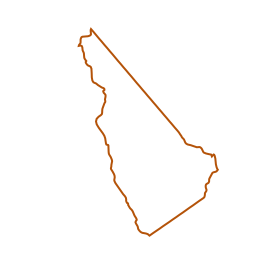 SVG path tracing the border of New Hampshire, rotated 323°
{"feature_id": "USA-3538", "entity_name": "New Hampshire", "entity_type": "State", "adm_level": 1, "iso_a3": "USA", "parent_name": "United States of America", "parent_adm1": "", "projection": "orthographic", "projection_center": [-71.585, 44.003], "detail": "fine", "context": "isolated", "style": "outline", "palette": "amber", "viewbox_px": 256, "rotation_deg": 323, "n_neighbors": 0, "source": "natural_earth", "source_scale": "10m", "svg_char_len": 3126}
<svg xmlns="http://www.w3.org/2000/svg" viewBox="0 0 256 256"><g transform="rotate(323 128 128)"><path d="M135.0,49.4L135.0,47.6L135.1,46.3L135.5,45.3L137.7,41.8L138.0,41.0L138.3,39.5L138.5,38.7L140.1,36.0L140.4,34.5L139.6,33.5L138.1,32.8L138.7,32.3L141.1,31.6L141.8,30.9L143.4,28.8L144.4,28.0L145.6,27.5L146.6,27.7L151.2,30.6L152.6,31.1L153.9,31.3L154.9,30.8L156.6,28.0L157.5,27.0L158.0,26.7L158.3,30.8L158.5,35.0L158.7,39.1L159.0,43.3L159.2,47.5L159.5,51.6L159.7,55.8L160.0,60.0L160.2,64.1L160.4,68.3L160.7,72.4L160.9,76.6L161.2,80.8L161.4,84.9L161.7,89.1L161.9,93.3L162.1,97.4L162.4,101.6L162.6,105.7L162.9,109.9L163.1,114.1L163.4,118.2L163.6,122.4L163.9,126.6L164.1,130.7L164.4,134.9L164.6,139.0L164.9,143.2L165.1,147.4L165.4,151.5L165.6,155.7L165.9,159.8L166.0,162.2L165.8,164.6L165.8,165.8L165.7,166.9L165.6,167.3L165.5,167.8L165.5,168.4L165.7,169.6L165.8,170.9L165.6,171.7L165.1,173.6L165.0,174.1L165.0,174.6L165.0,175.2L165.3,176.1L165.6,176.8L166.0,177.4L167.7,179.4L169.6,182.2L171.4,184.8L173.6,186.2L173.9,186.6L174.2,187.2L174.4,188.3L174.4,189.0L174.3,189.6L173.8,192.0L173.7,192.8L173.8,193.3L174.9,195.2L176.8,197.5L178.4,199.3L177.9,201.2L179.1,200.9L180.4,200.7L180.7,201.2L180.5,202.3L180.1,203.3L179.9,203.7L179.4,204.9L176.4,209.8L175.2,212.5L174.7,214.2L174.6,215.4L172.6,215.9L171.4,215.6L169.5,214.8L168.8,214.7L168.3,214.7L162.7,217.3L162.1,217.7L161.8,218.0L161.0,219.0L160.6,219.5L159.8,220.0L159.3,220.2L158.7,220.2L158.0,220.1L157.0,220.0L156.5,220.1L156.0,220.3L155.7,220.5L155.4,220.8L154.9,221.4L154.6,221.8L154.2,222.6L153.7,224.1L153.5,224.6L152.9,225.3L152.2,225.6L151.1,226.0L150.5,226.2L150.1,226.5L149.3,227.5L148.5,228.3L147.6,229.0L147.2,229.2L146.6,229.3L145.3,229.3L141.2,229.1L137.2,229.0L133.1,228.9L129.0,228.7L125.0,228.6L120.9,228.5L116.9,228.3L112.8,228.2L108.8,228.0L104.7,227.9L100.6,227.7L96.6,227.5L92.5,227.4L88.5,227.2L84.4,227.0L80.4,226.9L79.9,224.6L78.8,223.0L76.4,220.4L75.9,219.5L75.6,218.7L75.4,217.9L75.3,216.6L75.3,215.2L75.6,214.3L76.0,213.5L76.5,212.4L76.9,209.0L77.3,207.7L78.3,207.1L79.7,206.6L80.2,205.3L80.5,201.8L81.6,197.4L81.7,195.6L81.4,193.6L81.4,192.7L81.8,189.5L82.2,189.1L82.4,188.7L82.6,188.2L82.5,187.7L82.4,187.5L82.2,187.4L82.2,187.1L82.3,186.1L82.6,185.3L83.0,184.6L83.6,183.9L84.3,182.5L84.5,180.7L84.3,177.8L84.8,164.5L85.2,162.4L85.7,161.3L87.7,159.4L88.5,158.1L89.0,156.6L89.5,153.4L89.7,150.7L90.1,149.9L91.6,148.6L92.4,147.6L95.4,144.9L96.0,143.6L96.4,142.1L96.8,140.4L96.9,138.7L97.2,137.1L98.1,135.5L101.8,130.2L101.9,129.7L101.5,129.2L101.1,128.7L100.8,128.1L101.2,126.9L103.6,122.5L104.4,120.0L104.7,117.1L104.8,110.2L105.2,106.3L106.4,103.5L108.5,101.8L111.3,101.3L114.1,101.4L115.4,101.2L116.4,100.4L118.3,98.1L119.2,97.2L124.0,94.1L125.5,93.5L126.0,92.9L126.9,91.2L128.8,89.6L129.9,88.2L130.0,86.8L129.8,85.4L130.2,83.9L130.7,83.5L131.4,83.5L132.1,83.4L132.6,82.6L132.6,81.9L132.2,81.0L131.5,80.0L129.8,75.5L129.6,74.4L129.2,73.0L128.5,71.9L127.9,70.7L128.1,68.7L129.5,65.9L132.1,62.2L134.5,58.6L135.0,56.7L134.6,55.5L133.8,54.3L133.4,52.5L133.6,50.4L134.1,49.7L135.0,49.4Z" fill="none" stroke="#b45309" stroke-width="2"/></g></svg>